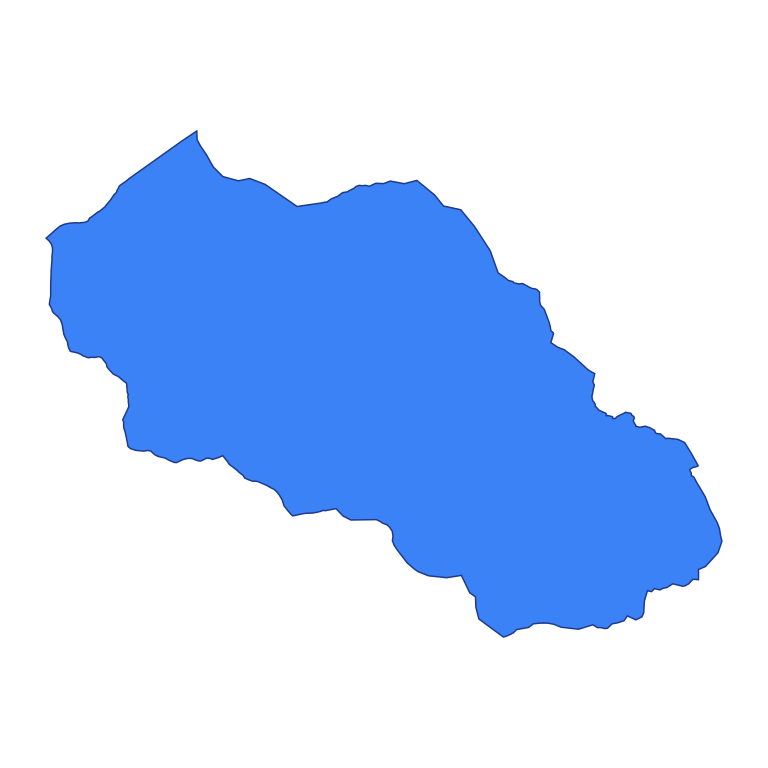 the district of Avram Iancu, Alba, Romania
{"feature_id": "2599482B52871101223545", "entity_name": "Avram Iancu", "entity_type": "district", "adm_level": 2, "iso_a3": "ROU", "parent_name": "Romania", "parent_adm1": "Alba", "projection": "orthographic", "projection_center": [22.773, 46.378], "detail": "fine", "context": "isolated", "style": "filled", "palette": "blue", "viewbox_px": 768, "rotation_deg": 0, "n_neighbors": 0, "source": "geoboundaries", "source_scale": "gbopen_adm2", "svg_char_len": 5228}
<svg xmlns="http://www.w3.org/2000/svg" viewBox="0 0 768 768"><path d="M698.5,579.7L698.5,577.2L698.5,569.5L705.5,566.5L718.0,552.7L721.5,542.5L721.9,541.0L720.7,536.3L719.4,528.4L717.2,522.5L710.0,509.6L708.6,505.7L705.2,496.7L696.4,481.9L695.6,480.3L693.9,477.2L692.7,476.3L691.5,475.7L691.4,475.7L691.2,472.9L689.8,470.4L690.1,469.1L693.4,467.3L695.7,467.0L698.2,465.7L690.5,452.0L684.7,442.6L678.1,439.4L667.8,438.2L665.8,438.7L660.6,434.0L657.6,433.7L656.4,433.4L655.3,432.6L654.7,430.4L649.9,427.7L645.2,426.2L639.7,427.3L635.8,426.3L635.8,425.6L635.3,424.5L634.4,423.3L634.0,422.4L633.2,420.7L633.7,419.6L634.3,418.3L634.0,416.9L633.5,416.3L632.9,415.9L632.0,415.4L631.7,414.9L631.5,414.0L630.9,413.4L629.7,413.0L629.0,413.0L625.5,412.3L623.6,413.5L620.4,414.9L618.8,415.8L617.5,416.3L616.5,417.2L616.0,417.8L615.6,418.3L614.2,418.6L612.8,418.5L612.7,417.6L612.6,417.0L612.2,416.6L611.4,416.4L610.9,416.3L609.7,416.0L608.6,415.7L607.9,415.5L607.4,415.5L606.5,415.9L606.1,415.4L606.1,414.7L606.1,413.6L605.6,413.2L603.6,412.3L600.2,410.8L599.3,410.4L597.9,409.0L596.7,407.6L595.9,406.7L595.2,406.1L595.1,405.0L595.3,404.4L593.6,401.6L592.7,400.8L592.0,397.3L592.1,395.1L592.6,393.6L592.7,392.8L593.0,390.9L593.4,389.0L593.8,387.3L594.3,385.7L594.3,384.9L593.8,384.2L593.3,382.5L592.8,381.6L594.0,376.9L594.7,373.7L589.6,370.8L587.5,369.3L573.6,356.6L569.2,353.4L564.2,349.7L558.0,347.4L550.8,342.6L553.5,333.8L553.1,332.6L550.9,330.7L550.4,327.4L549.7,324.4L549.3,322.9L547.0,316.7L544.2,309.2L541.4,306.2L540.3,304.6L539.7,301.3L539.6,301.0L539.7,297.7L539.6,296.2L539.5,294.0L539.5,292.1L536.8,289.5L534.5,288.7L532.3,288.6L529.7,287.4L529.2,287.1L522.7,283.6L519.0,283.9L514.1,283.0L512.9,281.6L508.2,280.4L505.5,278.0L498.1,272.8L490.3,250.9L474.6,226.6L460.8,209.8L443.5,206.0L434.7,195.1L416.9,180.4L404.3,183.7L390.4,181.1L383.5,183.6L375.8,183.3L369.3,186.3L365.9,185.4L362.3,185.7L359.0,185.4L355.8,186.6L354.2,188.2L349.2,190.6L347.7,191.8L342.6,192.6L337.5,196.4L331.3,198.8L326.9,202.1L325.4,202.1L321.2,203.0L297.1,206.5L265.1,184.4L249.8,178.5L238.4,180.8L222.9,176.6L213.3,167.0L206.3,154.5L201.4,147.4L200.5,146.1L197.1,139.6L196.8,131.0L181.3,141.4L150.6,163.3L136.8,173.1L129.0,178.7L125.8,181.4L123.1,183.2L119.4,185.9L117.0,190.8L116.3,192.6L114.0,194.7L110.6,199.8L106.1,205.3L104.7,207.1L99.3,211.4L97.4,212.3L93.0,215.8L89.7,218.1L87.8,221.1L84.9,222.3L80.0,222.8L78.8,223.1L77.4,222.7L75.1,222.8L69.8,223.1L64.2,224.3L60.0,226.1L55.8,229.6L46.1,238.2L48.9,240.7L51.4,244.2L52.5,247.8L52.5,251.9L51.9,256.5L52.0,259.9L51.6,264.8L51.1,271.4L51.0,276.1L50.7,286.0L50.7,295.7L49.3,304.3L51.7,308.8L52.5,311.5L53.6,313.0L57.6,316.4L60.4,319.6L61.2,321.7L62.2,324.6L63.3,331.2L63.9,334.5L64.9,336.8L65.9,339.0L66.0,339.2L66.1,339.4L67.0,341.0L67.4,341.7L67.4,341.8L67.6,343.1L67.8,344.7L68.0,345.4L68.3,346.6L68.8,348.5L69.7,349.6L70.0,350.9L71.4,351.6L73.1,351.9L78.2,353.1L79.2,353.7L81.0,354.4L82.7,355.6L84.7,356.4L87.6,357.6L89.2,357.7L90.9,357.3L92.9,357.3L94.7,357.5L96.5,357.1L98.4,356.7L100.0,357.0L102.0,358.0L103.5,360.2L106.3,363.6L107.0,366.9L108.7,369.1L110.4,371.0L113.2,374.0L114.3,374.6L118.3,376.5L121.8,379.6L124.9,382.0L126.1,382.8L126.8,384.0L126.7,385.3L126.9,387.8L127.1,388.9L127.2,391.6L127.5,393.1L128.2,394.2L127.8,397.0L128.3,399.4L128.3,402.2L128.6,404.1L128.8,406.6L126.9,410.9L124.4,416.1L122.7,419.9L123.6,421.7L123.6,423.9L123.7,427.5L125.0,431.5L126.1,436.3L127.2,441.9L128.0,446.4L129.2,447.5L130.5,448.6L134.7,450.0L136.1,450.4L143.5,451.1L146.2,450.8L147.4,450.4L148.5,450.6L149.8,450.8L150.6,450.9L151.2,451.4L152.5,452.7L154.4,454.4L155.8,455.3L157.4,456.1L159.3,456.7L161.4,457.2L163.6,457.7L165.8,458.4L167.2,459.3L169.8,460.6L174.1,462.4L176.5,462.6L182.7,459.7L184.8,459.1L188.3,458.3L192.4,458.6L194.0,459.3L195.9,460.1L199.0,461.0L200.8,461.0L204.6,459.2L206.8,458.1L208.4,458.2L211.0,458.7L212.3,459.5L218.0,457.7L222.8,455.7L227.3,461.4L229.3,464.4L231.8,466.2L235.9,469.4L237.7,470.9L238.9,472.2L242.9,475.2L244.8,478.1L248.2,479.6L250.4,480.4L252.6,481.2L254.9,481.2L258.1,481.6L260.9,482.9L263.8,484.1L266.3,485.2L269.9,487.2L271.5,488.1L272.1,488.4L273.8,489.1L274.2,489.4L275.6,490.6L276.8,491.8L279.5,495.3L282.3,500.2L283.3,503.6L284.1,505.9L287.1,509.8L291.0,514.3L292.0,515.2L292.4,515.6L292.6,515.8L294.2,515.6L298.1,514.7L300.4,514.2L302.7,513.8L305.5,513.3L312.8,513.0L317.3,512.2L321.1,511.2L323.1,510.4L325.1,510.7L330.5,509.7L336.0,508.6L343.1,516.1L350.9,520.0L376.3,519.6L380.3,521.5L383.0,523.3L386.8,524.7L389.5,527.1L392.3,531.4L393.0,536.2L392.4,540.8L394.3,545.5L397.3,550.0L407.1,562.8L414.9,569.5L418.6,571.9L428.6,575.8L446.7,577.7L461.4,575.4L469.8,592.9L475.5,596.7L475.9,607.3L478.9,619.0L503.3,637.0L505.7,636.4L510.8,634.2L513.5,632.7L516.6,629.6L528.7,627.4L533.4,623.8L540.2,623.1L547.7,623.1L553.6,624.2L561.2,627.2L578.5,629.2L592.8,624.8L597.5,627.6L600.8,627.6L605.0,628.6L607.6,628.2L612.1,623.8L617.7,622.8L624.1,620.7L627.4,615.9L635.8,619.8L641.9,616.9L643.7,612.9L644.4,600.9L647.4,590.8L651.6,591.6L654.5,588.6L659.9,589.9L663.0,588.3L667.0,587.5L672.8,583.8L682.6,586.2L685.1,585.8L686.8,584.8L688.6,583.9L692.9,579.3L694.5,579.4L695.9,579.5L698.5,579.7Z" fill="#3b82f6" stroke="#1e3a8a" stroke-width="1.5"/></svg>